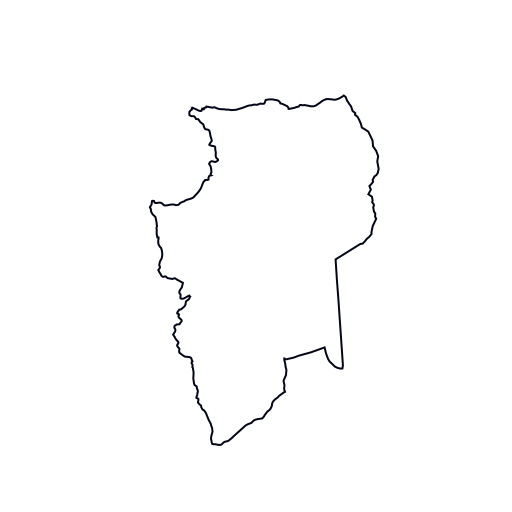 the district of Togüí, Boyacá, Colombia, rotated 32°
{"feature_id": "7082276B31863850614699", "entity_name": "Togüí", "entity_type": "district", "adm_level": 2, "iso_a3": "COL", "parent_name": "Colombia", "parent_adm1": "Boyacá", "projection": "natural_earth1", "projection_center": [-73.509, 5.918], "detail": "fine", "context": "isolated", "style": "outline", "palette": "ink", "viewbox_px": 512, "rotation_deg": 32, "n_neighbors": 0, "source": "geoboundaries", "source_scale": "gbopen_adm2", "svg_char_len": 6119}
<svg xmlns="http://www.w3.org/2000/svg" viewBox="0 0 512 512"><g transform="rotate(32 256 256)"><path d="M245.4,73.4L244.7,75.2L243.0,78.4L241.5,80.3L240.3,81.5L239.4,82.1L236.4,83.4L235.3,84.1L234.1,84.6L233.0,85.3L232.1,86.2L230.9,87.9L229.8,89.8L229.3,91.5L227.6,95.3L227.3,96.2L225.9,98.1L225.0,98.9L222.7,100.2L221.4,100.6L216.9,102.4L216.6,102.8L215.9,103.3L213.7,104.3L213.2,104.9L213.0,106.7L211.7,107.9L209.5,110.6L206.0,113.8L205.7,114.0L204.9,113.1L203.0,112.4L197.4,113.1L195.8,113.7L195.2,113.2L194.2,112.7L192.4,112.5L190.3,113.1L188.8,113.8L187.5,114.2L186.1,115.0L183.8,116.5L181.5,118.6L182.1,120.9L182.2,122.4L181.2,123.3L179.6,124.2L179.1,124.3L176.7,127.3L174.5,128.4L173.6,129.1L172.3,130.6L170.3,132.1L168.6,134.1L167.4,135.8L165.3,138.4L164.2,139.6L161.8,142.4L158.3,145.0L157.0,145.7L155.1,146.4L153.2,147.7L152.1,148.0L147.7,150.5L145.5,151.3L142.2,151.8L141.6,152.1L140.8,153.0L140.1,153.5L137.8,154.3L134.7,155.6L134.9,156.5L133.7,157.8L133.5,158.2L133.4,158.5L134.0,159.2L133.9,159.4L132.3,159.6L132.8,161.7L132.4,162.3L130.8,163.0L126.5,163.5L123.3,164.0L123.1,164.5L124.0,165.7L123.5,166.8L123.1,168.9L123.9,170.5L124.9,171.8L126.0,171.8L127.1,171.6L129.2,170.4L130.0,170.4L131.3,170.9L132.5,171.6L134.1,170.9L134.4,170.6L135.2,170.8L137.6,171.9L138.7,172.1L141.4,172.3L142.0,172.6L142.7,173.4L144.2,174.6L145.6,175.3L146.5,175.1L147.0,174.8L148.5,174.3L149.3,174.3L150.1,174.5L151.8,176.1L154.0,178.6L155.1,179.4L156.7,180.9L157.5,181.9L157.5,182.6L157.3,184.7L157.4,186.4L157.7,186.6L160.1,186.0L162.0,185.2L163.0,185.0L163.6,185.2L165.1,187.4L166.9,189.3L168.7,192.4L169.3,193.0L169.9,193.6L171.4,194.1L172.2,194.2L172.8,194.5L173.0,194.8L173.0,195.5L172.7,196.2L172.0,197.5L170.8,198.2L168.6,198.9L167.9,199.4L167.3,200.8L167.3,201.6L167.3,202.5L167.7,202.9L169.7,203.9L170.4,204.4L172.2,206.3L172.9,207.4L173.9,208.7L173.9,209.4L174.1,210.6L174.9,211.4L175.2,211.4L174.0,212.6L174.0,213.6L174.1,214.3L174.3,214.9L175.2,216.3L174.7,217.1L172.9,218.2L172.6,218.7L172.5,218.9L172.7,219.2L172.3,220.3L172.2,221.1L172.9,225.2L173.3,227.1L173.4,229.5L173.3,231.4L172.9,234.3L172.2,237.6L172.1,238.6L171.8,239.7L170.3,242.0L167.2,245.4L166.7,246.2L166.1,247.8L165.6,248.3L164.4,250.0L163.6,251.4L163.2,253.5L161.7,254.9L161.2,255.3L159.4,255.7L157.7,256.7L156.7,257.4L153.3,260.5L152.1,261.4L151.1,261.7L148.4,261.2L147.1,261.3L145.8,261.9L144.9,262.6L144.3,263.2L142.5,264.4L142.0,264.5L141.6,264.4L140.9,263.9L140.4,263.4L139.3,263.8L138.7,264.5L140.2,267.9L140.1,270.6L140.4,271.2L140.9,271.2L141.6,271.6L143.7,274.1L146.2,275.4L149.6,276.1L150.0,276.2L150.8,277.0L153.8,280.1L155.1,282.0L156.2,282.9L156.7,284.9L157.9,286.4L160.2,290.1L162.5,292.5L163.5,291.9L164.1,292.6L164.5,293.9L165.2,295.3L166.9,297.6L169.3,299.0L171.3,299.5L173.0,301.0L174.6,302.9L175.9,304.6L177.2,307.7L177.5,311.6L178.5,314.5L179.1,315.4L180.0,315.8L180.3,316.1L180.7,317.0L180.8,318.4L180.6,319.7L180.8,319.9L183.9,321.6L184.5,321.7L185.9,322.7L186.7,323.0L187.8,323.0L188.4,322.8L189.2,322.1L189.6,321.5L190.3,321.2L192.7,321.6L196.8,320.0L197.5,319.5L198.5,318.3L199.3,317.8L201.5,317.9L208.3,317.5L209.7,322.0L209.6,325.7L209.9,326.9L210.4,327.7L211.0,328.2L212.2,328.5L212.6,328.9L212.9,329.3L214.0,331.5L214.4,331.9L215.6,331.7L216.7,330.9L217.5,330.0L219.6,326.1L220.4,324.9L221.0,325.2L221.7,325.3L221.6,326.1L221.9,327.2L222.0,328.1L221.7,329.1L221.3,329.8L220.8,331.2L220.8,331.8L221.4,333.5L221.8,334.2L222.0,334.9L222.0,336.8L220.6,341.2L219.4,342.0L219.3,342.8L219.3,343.5L219.2,343.9L219.1,344.5L219.4,346.2L219.7,346.5L220.0,346.5L220.8,346.1L221.6,346.4L221.9,346.7L222.0,348.0L222.6,348.7L223.5,349.1L226.3,349.6L227.1,350.0L227.3,350.4L227.5,351.0L227.2,353.2L227.3,354.1L227.2,354.5L225.0,356.1L224.6,357.2L224.2,357.7L224.1,358.5L224.4,359.5L224.8,360.1L225.8,360.6L226.9,361.4L227.4,362.9L227.4,366.6L230.2,367.9L231.6,368.8L235.8,370.2L236.2,370.7L236.4,371.9L236.2,372.6L236.5,373.6L236.8,374.0L237.8,374.5L239.9,375.1L240.3,375.4L240.7,376.1L241.0,377.1L241.9,378.3L242.3,378.6L247.4,379.1L249.3,378.9L252.8,377.1L253.5,376.9L254.8,376.8L256.2,377.7L256.5,378.2L257.9,378.9L258.0,379.4L257.8,380.0L258.0,380.9L259.3,381.6L259.8,382.0L260.6,383.0L260.8,383.9L261.4,384.1L262.0,384.6L263.8,386.7L264.6,387.6L266.1,390.1L267.6,392.9L271.1,397.1L272.4,398.0L274.4,398.0L274.9,398.2L276.3,399.8L277.8,400.8L278.4,401.6L278.8,402.3L278.8,402.8L279.8,405.0L280.2,407.0L280.6,407.9L281.1,407.9L282.3,407.6L282.9,407.8L283.6,409.0L284.4,411.0L286.9,411.8L288.7,412.0L289.5,413.0L290.0,413.4L292.0,414.5L294.1,414.5L296.7,415.7L302.9,420.2L306.5,422.2L308.0,423.7L309.7,424.9L312.2,428.0L313.5,432.3L314.6,434.7L317.7,438.0L318.7,438.6L321.7,437.0L323.8,436.3L325.9,435.1L326.7,433.9L327.4,431.1L328.2,429.8L330.1,428.0L330.7,426.9L332.1,422.7L332.5,420.8L337.0,405.2L338.3,402.9L340.5,400.0L341.0,397.7L341.3,396.7L342.0,395.5L342.7,394.6L343.8,393.5L346.5,391.2L347.3,390.4L347.6,389.3L347.8,387.8L347.7,386.4L348.1,381.7L348.6,380.8L349.0,379.5L349.2,377.6L349.1,376.0L348.7,374.4L347.8,372.4L347.6,370.5L347.8,368.9L348.2,367.4L349.5,364.1L349.6,362.7L351.9,356.9L352.6,355.8L351.3,354.8L350.2,353.7L349.6,352.6L349.0,351.1L348.2,350.0L345.8,347.7L345.3,346.5L344.5,340.9L343.6,339.4L342.8,337.6L341.7,336.0L340.1,334.6L337.7,331.7L334.9,329.0L334.4,327.9L336.0,327.8L336.6,327.4L341.9,322.1L344.9,318.1L353.7,308.5L362.6,297.2L367.0,301.5L371.5,305.0L374.4,306.5L381.8,308.0L384.2,307.7L386.9,306.9L388.9,305.6L387.6,302.6L348.1,248.1L337.5,233.7L325.3,216.7L338.1,190.5L339.9,189.0L340.7,185.0L340.8,183.1L341.9,179.6L342.3,176.2L341.0,173.9L339.1,168.6L338.2,160.7L336.2,159.6L334.5,156.6L332.6,155.9L331.3,154.5L329.5,152.4L329.2,150.5L328.0,149.5L326.1,148.9L325.5,147.2L323.0,144.3L318.6,144.1L318.2,138.8L315.1,136.6L315.8,133.2L315.9,130.9L314.6,129.7L314.3,125.8L315.2,123.5L315.3,121.2L313.9,117.2L308.7,111.5L306.7,106.6L302.1,103.1L297.2,101.0L293.5,96.2L285.3,91.0L280.8,90.9L277.7,91.0L275.0,88.4L271.3,85.8L268.2,84.1L265.2,83.8L264.4,82.2L261.0,81.8L257.3,78.7L254.1,77.5L252.5,76.6L251.1,76.1L247.7,73.6L245.4,73.4Z" fill="none" stroke="#020617" stroke-width="2"/></g></svg>